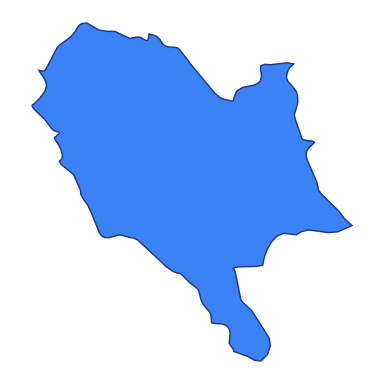 outline of Gjirokastër
{"feature_id": "ALB-1525", "entity_name": "Gjirokastër", "entity_type": "County", "adm_level": 1, "iso_a3": "ALB", "parent_name": "Albania", "parent_adm1": "", "projection": "robinson", "projection_center": [20.177, 40.156], "detail": "fine", "context": "isolated", "style": "filled", "palette": "blue", "viewbox_px": 384, "rotation_deg": 0, "n_neighbors": 0, "source": "natural_earth", "source_scale": "10m", "svg_char_len": 2230}
<svg xmlns="http://www.w3.org/2000/svg" viewBox="0 0 384 384"><path d="M351.9,225.5L337.8,231.8L328.5,232.6L308.7,229.9L301.9,231.5L296.1,234.7L283.7,233.3L276.6,236.3L271.6,241.8L267.4,248.9L264.3,257.0L262.7,265.2L256.5,266.4L237.8,266.9L233.3,268.3L235.2,271.8L240.8,299.6L242.8,302.4L251.7,310.7L268.9,337.6L270.4,345.5L267.4,354.6L260.9,361.0L254.6,360.3L247.9,356.5L234.0,351.5L233.9,351.3L233.2,349.2L229.2,343.5L230.2,332.3L229.1,328.9L227.1,326.2L224.2,324.5L221.5,323.7L216.4,323.7L211.6,322.8L211.0,315.1L209.4,311.6L206.0,308.0L202.4,303.2L201.0,299.6L198.6,290.4L196.8,288.0L189.9,282.9L181.6,274.4L179.4,273.1L177.3,273.1L173.1,271.5L166.7,267.0L137.5,239.8L133.5,238.0L130.9,237.7L121.5,235.1L119.2,235.0L116.9,235.4L109.6,237.6L104.7,237.6L101.8,236.0L99.4,232.7L91.6,213.5L88.0,205.5L82.7,198.0L80.9,194.5L80.4,190.1L73.6,174.6L61.3,164.5L60.3,163.1L59.5,161.2L61.7,159.2L62.3,157.4L62.4,154.9L60.9,149.3L59.0,145.5L55.9,140.9L54.9,138.9L54.5,137.5L55.2,136.9L58.2,134.6L59.3,133.2L59.4,132.6L58.9,132.1L54.5,130.9L53.0,129.9L51.4,128.3L44.7,119.4L33.9,108.9L32.4,106.6L32.1,105.2L34.8,103.3L40.1,97.8L43.2,93.7L45.5,89.7L46.5,85.6L46.1,82.9L44.7,79.3L38.9,70.4L44.1,71.3L44.9,70.3L46.3,68.4L56.9,48.2L59.4,45.3L70.7,36.8L73.2,34.1L75.6,30.9L77.9,26.8L79.8,24.7L81.6,23.7L86.8,23.0L98.8,30.0L106.5,31.3L114.9,31.4L129.7,38.4L137.7,37.0L140.4,37.3L144.3,39.7L146.2,40.5L147.5,40.3L148.1,39.4L148.5,37.9L148.6,36.6L149.2,33.9L156.4,36.2L160.0,39.6L162.5,43.9L165.1,45.9L168.8,47.1L174.7,47.3L177.5,47.8L179.3,49.4L188.0,60.4L188.9,62.1L214.9,93.3L219.2,97.0L222.6,98.9L230.7,100.8L233.2,101.1L234.5,95.8L235.7,93.8L235.9,92.8L236.5,91.5L238.3,90.0L242.8,87.4L253.6,85.2L257.1,83.8L260.3,81.2L261.4,76.6L261.2,72.9L260.5,68.9L260.9,65.8L264.3,64.4L270.9,64.7L287.1,62.8L293.7,64.0L290.2,67.2L288.9,68.9L287.9,71.1L286.8,74.2L286.6,78.0L287.9,81.4L294.2,88.5L296.4,91.8L297.5,95.5L297.8,102.4L294.3,115.0L295.0,118.5L301.9,138.5L302.8,139.6L308.1,140.8L311.4,141.0L313.3,141.5L314.3,142.2L313.3,143.7L309.4,147.3L307.5,149.7L306.4,151.9L306.2,154.4L306.5,157.2L307.2,160.0L316.7,181.8L318.7,190.6L321.2,193.8L338.9,211.3L344.4,218.6L351.7,225.3L351.9,225.5Z" fill="#3b82f6" stroke="#1e3a8a" stroke-width="1.5"/></svg>